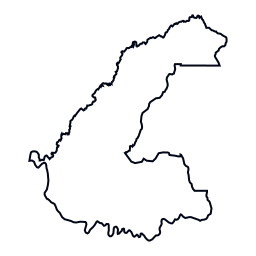 outline of Costa Marques, Rondônia, Brazil
{"feature_id": "56859067B33157689902000", "entity_name": "Costa Marques", "entity_type": "district", "adm_level": 2, "iso_a3": "BRA", "parent_name": "Brazil", "parent_adm1": "Rondônia", "projection": "equal_earth", "projection_center": [-64.068, -12.086], "detail": "fine", "context": "isolated", "style": "outline", "palette": "ink", "viewbox_px": 256, "rotation_deg": 0, "n_neighbors": 0, "source": "geoboundaries", "source_scale": "gbopen_adm2", "svg_char_len": 5778}
<svg xmlns="http://www.w3.org/2000/svg" viewBox="0 0 256 256"><path d="M201.1,16.6L199.5,17.9L199.1,17.1L199.0,16.0L198.2,15.6L197.6,15.8L196.7,17.7L196.2,18.0L194.3,17.7L193.6,17.2L192.9,15.4L192.3,15.4L191.7,17.0L189.7,17.3L189.3,18.0L189.4,19.6L189.0,20.7L188.4,21.0L187.0,20.8L185.5,21.8L184.6,21.5L183.9,21.7L183.7,21.0L183.1,20.8L181.0,21.8L180.3,21.7L178.5,22.5L177.9,23.5L177.1,24.0L176.5,23.2L175.8,23.4L175.3,24.0L174.5,23.9L172.5,26.4L171.4,25.5L170.9,25.7L169.5,27.6L169.2,28.8L168.0,29.9L167.3,31.6L166.7,32.4L165.9,32.4L165.4,33.0L165.1,34.7L163.5,37.5L162.7,37.4L161.4,36.3L160.8,36.4L159.2,35.2L156.1,37.2L155.4,38.0L154.8,38.1L153.1,37.1L151.1,38.1L150.5,37.8L147.5,39.7L147.1,42.0L145.6,44.0L145.0,43.4L144.8,42.7L144.3,42.4L142.7,42.5L141.8,43.8L140.4,43.8L138.5,45.8L137.2,46.4L137.0,45.7L136.4,45.7L136.2,42.3L135.3,41.7L134.6,41.6L133.1,42.1L132.7,43.3L133.4,43.9L133.9,43.6L134.0,44.6L133.3,46.5L132.9,45.8L132.1,45.4L131.4,46.3L131.5,47.1L130.2,47.2L128.7,48.2L127.7,47.9L126.6,48.2L125.9,49.6L124.0,51.7L122.5,51.2L121.6,51.6L121.4,52.4L122.5,53.7L122.1,55.3L120.3,57.5L120.3,58.7L120.7,59.3L118.8,62.8L118.1,63.6L117.4,62.9L116.8,63.9L117.0,65.1L118.0,66.4L118.0,68.1L117.0,71.2L115.7,71.9L116.4,73.0L116.3,74.1L114.1,76.1L113.8,77.1L114.4,77.3L113.7,79.1L113.6,80.1L112.4,81.8L111.9,82.0L111.6,82.9L111.6,84.0L111.1,83.6L110.6,84.2L109.9,83.8L110.0,85.1L109.3,85.2L108.9,84.3L108.3,85.3L107.8,85.0L107.9,84.1L107.2,83.8L106.7,84.1L106.0,83.4L104.9,83.7L103.3,83.2L102.5,83.5L102.0,84.3L102.7,85.7L101.7,85.4L101.0,86.7L100.4,85.8L98.3,89.4L97.7,89.1L96.5,89.9L95.3,91.6L95.0,92.7L92.5,95.0L92.4,96.0L93.6,97.3L95.0,97.4L95.4,98.1L95.2,99.0L95.7,99.6L95.4,100.6L94.0,101.7L93.2,101.6L92.4,102.9L92.2,104.1L91.6,104.6L88.1,105.7L87.3,105.5L86.3,108.5L85.4,108.4L84.7,108.9L84.5,110.0L83.5,110.4L81.2,108.5L80.4,108.9L76.9,113.2L75.1,115.9L74.7,115.5L74.0,116.1L72.3,119.6L70.7,120.7L70.3,121.3L70.5,122.2L69.7,126.2L70.4,126.4L69.9,127.1L70.0,128.9L69.2,129.9L69.4,132.0L68.6,134.4L68.0,134.4L68.1,133.3L66.9,133.1L66.0,133.1L65.6,134.3L63.4,133.8L62.2,134.8L61.8,133.7L61.4,134.4L61.2,136.8L61.6,138.2L60.6,140.4L60.0,139.6L59.3,140.0L58.2,141.8L57.0,142.4L56.7,144.3L57.1,144.9L58.6,145.6L58.3,146.5L57.7,146.2L57.0,147.5L56.7,150.6L55.5,152.6L55.0,152.9L52.0,152.7L51.5,153.5L51.7,154.4L52.5,154.2L53.1,155.0L53.2,155.8L52.9,156.6L50.5,157.9L49.6,159.1L48.3,157.4L47.7,157.0L47.2,156.1L46.6,155.5L45.8,155.7L45.0,156.3L44.5,157.2L43.9,159.9L43.4,160.2L42.1,159.7L40.2,160.6L39.6,160.5L39.7,159.5L38.8,157.4L38.8,154.6L37.2,152.3L36.3,151.7L34.4,151.3L32.5,151.5L31.4,152.0L30.9,152.8L30.4,154.7L29.4,160.8L32.0,160.5L34.1,161.8L35.1,164.7L37.0,167.3L38.4,167.6L42.1,163.7L44.1,162.8L44.8,162.7L45.9,163.9L46.3,165.5L46.5,168.1L47.1,169.9L47.8,173.6L48.4,180.6L47.9,184.9L46.9,189.5L44.7,192.7L44.6,194.2L44.9,195.4L46.3,197.9L47.3,199.1L48.1,199.2L50.0,200.9L50.9,202.1L54.4,203.9L55.5,206.0L56.9,209.7L58.2,211.4L59.7,212.7L62.1,217.1L64.6,219.2L71.4,221.1L73.4,222.2L76.1,222.5L80.4,221.7L85.4,222.0L86.1,222.7L86.4,224.5L84.8,230.3L85.7,232.5L87.3,233.4L88.7,232.6L90.1,229.8L93.1,227.0L94.7,225.0L96.7,221.6L97.5,221.3L100.0,223.1L101.6,223.1L104.0,225.8L105.4,225.3L106.2,224.2L106.9,223.9L108.3,224.1L108.7,225.0L108.8,230.3L108.3,232.8L108.4,234.4L108.8,235.3L109.8,236.2L110.7,236.3L111.5,236.0L112.5,234.9L113.4,233.1L113.8,228.3L114.4,227.2L115.7,226.7L116.5,226.8L117.8,228.9L118.0,229.9L117.6,232.8L117.8,233.9L119.3,233.5L120.1,232.3L121.7,230.9L122.2,229.1L123.6,228.6L124.1,228.9L124.2,231.5L124.6,232.4L125.4,232.9L126.6,232.9L128.8,230.4L129.6,230.3L131.4,232.1L132.8,235.3L133.5,236.4L134.2,236.7L134.8,236.5L136.9,234.7L137.4,234.9L138.9,237.1L139.8,236.9L140.4,235.9L140.7,233.7L141.8,233.5L144.1,235.6L145.4,237.7L147.2,239.6L148.3,240.4L149.8,240.6L152.3,239.3L155.8,235.5L158.1,235.3L159.6,234.0L160.1,232.7L160.1,231.5L159.6,229.8L159.6,228.0L161.4,224.7L161.7,223.7L161.4,221.3L161.9,219.6L162.6,219.1L163.4,218.9L165.0,219.4L168.7,222.4L170.9,223.3L172.3,223.3L173.3,222.3L175.1,219.3L176.4,219.8L177.9,219.2L179.0,217.8L180.1,215.1L180.8,214.4L181.5,214.8L183.2,216.7L185.3,218.0L189.3,217.1L190.9,217.1L198.8,219.9L200.1,220.8L201.7,219.9L204.3,219.6L206.3,218.8L207.3,217.5L208.1,215.4L210.7,213.7L211.5,208.3L209.7,202.2L209.3,201.4L207.6,199.9L207.4,197.7L206.5,196.5L206.4,195.0L207.0,192.2L207.0,190.8L194.6,190.8L193.0,188.9L192.0,186.6L191.6,184.0L189.9,182.4L189.1,180.1L188.6,175.0L187.9,172.4L188.5,169.4L188.3,167.8L187.9,166.9L186.0,166.0L184.4,164.2L183.1,158.4L181.1,154.9L180.5,154.6L180.5,156.3L178.7,156.5L175.1,155.7L169.5,155.0L168.9,153.0L167.7,152.5L163.1,152.4L158.7,153.2L155.5,158.6L152.7,161.3L146.7,160.7L143.7,158.7L141.8,161.8L135.1,163.1L131.3,161.6L124.9,152.9L126.1,152.1L126.7,152.4L129.1,150.6L129.7,150.6L130.0,148.4L129.9,146.8L130.3,146.0L132.0,146.3L132.5,145.6L132.7,146.3L133.1,145.8L133.9,145.4L134.4,144.7L135.3,142.1L136.1,141.0L136.6,138.8L137.7,138.0L138.0,137.0L138.5,136.5L140.7,130.0L141.8,128.9L142.1,127.2L141.8,124.7L140.9,121.6L141.5,116.0L142.6,112.9L147.6,109.1L149.0,106.0L149.1,104.0L150.3,102.1L155.9,98.3L159.7,97.8L162.0,95.2L163.1,92.1L164.7,91.8L165.9,89.4L166.5,88.9L167.5,86.2L167.7,85.2L167.6,83.6L166.6,79.5L167.0,77.4L169.3,74.1L170.0,74.0L172.1,74.5L172.6,74.0L173.8,73.7L175.2,69.1L174.6,65.3L175.0,64.1L180.8,64.1L180.7,65.5L219.6,65.6L218.5,62.5L215.1,56.9L214.8,55.8L215.7,53.8L215.8,52.6L218.6,50.5L218.9,49.0L220.6,47.3L222.6,46.2L223.9,46.4L225.3,45.2L225.7,43.1L226.4,42.1L226.6,40.8L226.5,38.2L226.1,37.3L223.0,35.6L220.6,33.8L218.1,33.4L216.8,32.6L216.1,31.5L215.2,31.6L212.5,30.3L211.6,30.2L209.1,27.8L206.3,27.8L205.7,25.7L205.2,24.9L205.1,24.0L204.2,22.9L203.0,20.0L202.2,19.4L201.1,16.6Z" fill="none" stroke="#020617" stroke-width="2"/></svg>